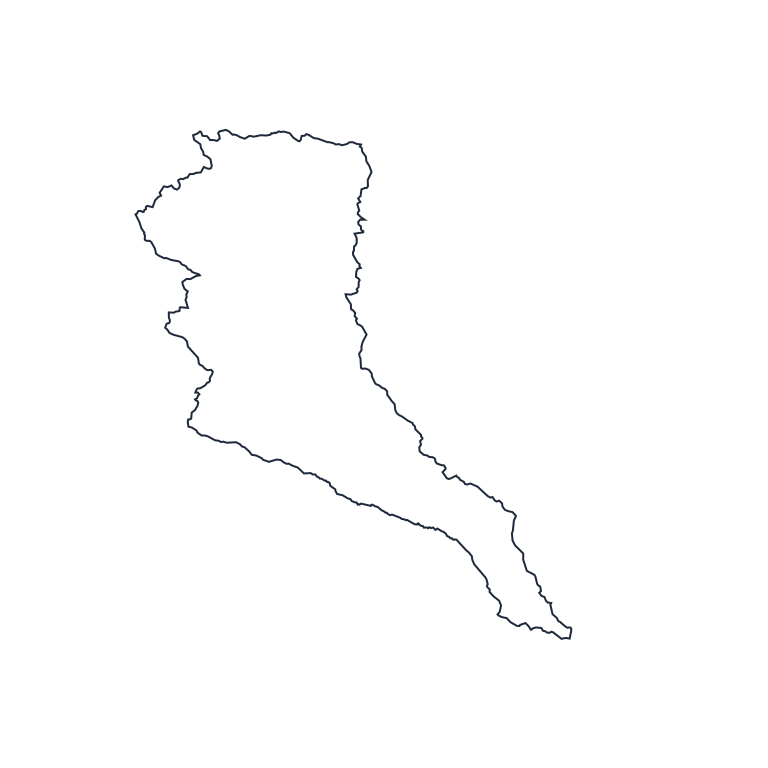 Andahuaylas, Apurímac, Peru (Equal Earth projection), rotated 312°
{"feature_id": "86281439B76349531023919", "entity_name": "Andahuaylas", "entity_type": "district", "adm_level": 2, "iso_a3": "PER", "parent_name": "Peru", "parent_adm1": "Apurímac", "projection": "equal_earth", "projection_center": [-73.404, -13.978], "detail": "fine", "context": "isolated", "style": "outline", "palette": "slate", "viewbox_px": 768, "rotation_deg": 312, "n_neighbors": 0, "source": "geoboundaries", "source_scale": "gbopen_adm2", "svg_char_len": 6116}
<svg xmlns="http://www.w3.org/2000/svg" viewBox="0 0 768 768"><g transform="rotate(312 384 384)"><path d="M459.4,92.9L458.4,95.3L456.4,97.8L452.9,97.2L451.1,93.8L448.9,91.7L449.8,86.9L447.0,83.0L448.8,79.6L448.6,78.3L445.1,77.7L441.1,75.7L438.4,79.6L439.3,87.0L436.9,90.1L435.6,94.1L433.6,96.8L434.7,100.3L434.9,104.7L430.7,110.2L428.5,111.0L426.9,110.1L425.6,107.8L424.8,104.9L418.7,106.3L414.6,102.6L413.1,102.3L410.0,99.2L405.8,99.8L405.0,98.9L401.8,97.6L400.6,95.7L398.0,94.7L397.2,95.1L395.8,98.6L394.1,100.0L392.5,100.5L389.9,100.0L388.8,97.2L389.3,93.2L385.6,91.5L383.6,88.2L376.0,89.3L374.8,92.3L371.9,91.1L367.4,91.0L360.6,93.7L358.0,88.9L356.2,88.6L354.6,90.1L352.8,89.5L351.4,90.2L350.4,89.8L349.9,87.4L348.0,85.7L345.1,86.4L343.8,85.8L340.8,93.6L337.3,99.7L336.1,104.7L335.1,105.1L334.6,106.8L331.1,109.7L331.6,112.0L333.4,113.7L333.8,115.9L331.3,123.3L328.3,127.4L328.7,130.8L330.4,136.5L331.8,137.7L334.0,143.2L337.6,149.0L338.1,150.8L337.6,153.6L339.0,157.7L338.2,161.7L339.3,163.9L338.9,165.9L339.5,168.3L341.7,173.1L341.5,174.4L338.6,172.1L332.4,169.9L330.0,167.0L324.9,165.9L322.9,168.4L321.2,172.2L321.5,176.2L318.2,177.2L316.6,179.1L313.7,180.2L309.4,187.4L304.8,181.3L304.0,181.2L301.6,183.1L301.0,182.9L298.2,180.6L296.5,180.2L293.2,176.2L289.6,179.5L287.9,182.4L286.6,183.3L285.4,183.5L283.4,182.1L279.4,183.7L279.4,186.6L278.4,190.4L279.7,194.6L283.8,202.6L284.2,205.6L283.8,209.1L280.6,213.2L279.0,228.3L275.3,232.8L275.2,234.7L276.0,237.1L275.6,239.8L275.9,242.7L276.4,243.9L278.8,245.9L278.7,248.4L276.4,249.7L272.0,250.5L269.7,252.6L268.1,252.7L266.7,251.7L263.4,252.0L260.4,251.1L258.1,250.4L255.8,248.4L254.3,248.5L251.4,249.5L253.0,251.4L252.8,253.7L250.8,253.6L248.5,254.6L246.1,253.9L245.9,255.1L246.5,257.1L245.8,258.5L243.2,259.9L238.2,261.0L234.1,260.2L229.2,263.9L227.9,263.5L226.7,262.2L224.6,263.4L221.4,267.3L223.1,270.3L224.0,275.6L223.1,278.0L223.6,282.7L226.0,285.6L227.2,288.0L229.1,296.0L231.2,299.2L231.9,301.9L233.6,303.1L235.1,306.4L241.7,313.0L242.9,317.4L242.5,320.0L243.7,322.9L243.7,328.9L242.9,333.1L245.3,336.8L247.0,342.6L246.8,344.9L249.2,350.6L255.8,354.6L258.4,358.0L258.6,361.7L259.5,365.0L261.0,366.4L262.2,371.1L264.2,375.7L264.0,384.4L268.7,389.1L269.1,391.7L270.8,393.4L270.3,396.5L270.9,397.9L270.7,399.4L271.9,401.1L272.6,404.9L273.4,405.4L273.2,407.6L274.0,408.3L274.0,410.0L272.4,412.1L273.1,418.4L272.0,419.5L270.9,422.8L273.6,427.6L274.7,433.4L276.0,436.2L275.4,438.2L276.6,441.7L277.6,442.8L276.8,445.1L277.8,445.5L277.9,446.6L279.8,447.0L284.6,455.8L285.5,455.4L286.7,456.2L287.0,458.8L288.4,461.6L288.6,467.2L289.3,468.8L289.4,471.4L290.3,472.3L290.0,473.7L290.5,476.2L292.3,477.3L295.5,485.7L295.6,487.7L296.9,489.2L297.4,491.4L298.4,492.0L300.3,500.7L302.1,503.0L302.8,502.4L303.4,502.8L303.3,506.3L304.4,507.9L303.9,509.7L306.0,511.7L306.2,513.2L307.9,513.5L308.3,515.2L310.2,516.5L310.0,519.9L312.3,520.4L313.2,525.5L314.0,527.2L314.1,530.5L313.2,532.4L314.0,534.9L313.7,536.5L314.7,537.4L314.6,539.8L315.9,540.6L316.8,542.1L315.4,556.3L315.6,559.5L314.8,564.5L312.4,567.3L310.4,571.7L308.1,588.9L307.4,590.8L304.7,595.0L302.8,595.6L302.2,596.9L302.0,600.2L300.1,601.6L299.5,607.8L300.0,614.5L297.7,619.2L292.3,622.4L288.7,622.6L288.7,624.4L289.6,627.5L292.1,631.8L291.6,637.3L293.2,644.6L294.7,646.6L296.2,646.4L301.0,649.1L300.8,653.3L299.7,657.7L302.6,658.4L304.8,659.9L307.6,663.6L307.9,664.7L307.0,667.2L308.1,669.2L308.4,671.6L310.1,673.7L311.8,674.1L312.6,675.7L313.4,686.4L317.0,689.1L319.0,692.3L325.9,688.3L327.7,686.5L327.6,685.1L325.5,683.3L325.1,680.4L325.0,674.2L324.5,672.1L325.8,668.9L325.7,663.3L331.3,655.3L333.1,654.8L331.1,651.7L331.4,649.1L333.1,645.7L331.9,642.9L332.7,639.1L335.2,639.2L337.9,635.7L337.6,632.7L338.1,631.3L342.2,625.4L342.8,623.4L340.7,615.2L346.6,605.0L351.2,600.9L351.8,589.4L353.6,584.4L358.6,579.0L361.3,577.9L369.4,571.9L374.2,570.4L374.4,569.7L374.8,565.2L372.5,561.2L371.4,557.9L372.3,553.9L374.3,551.6L374.3,547.6L371.9,546.2L371.6,544.0L372.6,540.3L370.9,539.2L370.1,536.3L370.3,522.3L367.9,514.9L364.8,512.9L363.9,511.1L364.7,508.9L363.7,504.6L364.3,502.8L363.9,499.9L364.3,499.0L358.1,496.6L356.6,495.5L356.0,493.6L357.7,486.5L362.0,486.6L362.8,486.1L363.6,482.9L362.2,481.1L360.3,476.5L360.9,473.9L362.4,472.2L362.6,471.1L362.1,469.0L360.1,466.6L359.8,463.9L358.0,461.1L357.8,455.6L360.5,452.6L363.5,452.2L365.8,449.0L369.0,449.2L369.7,448.5L369.8,446.7L371.0,445.5L371.3,437.8L373.3,435.0L373.3,432.6L374.1,431.4L372.7,426.2L371.9,419.1L371.0,416.1L370.9,412.8L372.0,410.1L376.1,405.4L376.5,401.1L378.2,393.6L380.7,391.2L380.9,387.6L379.9,385.3L379.7,381.3L378.6,378.5L378.6,376.9L381.6,369.8L383.5,368.0L384.4,363.4L383.1,359.9L380.7,357.6L380.6,356.1L387.4,349.3L387.8,347.9L389.8,345.3L394.2,344.6L396.8,342.1L401.3,339.9L409.0,338.0L411.8,329.8L411.9,328.2L410.8,324.1L412.6,320.4L414.5,320.1L414.8,316.8L417.6,314.9L418.0,311.7L417.6,309.4L421.1,306.0L423.3,297.9L425.0,295.4L428.3,299.6L433.7,302.6L435.3,302.3L436.1,300.3L439.1,300.2L442.8,297.0L444.9,296.4L445.3,295.0L444.9,291.5L448.6,288.5L451.8,287.2L454.7,289.1L455.1,286.9L456.7,285.8L456.6,282.8L459.3,274.6L461.4,272.6L462.8,272.5L466.3,269.7L468.1,270.1L470.9,269.1L474.4,265.7L476.0,261.5L482.8,267.1L483.7,266.4L483.3,264.5L483.6,263.3L485.7,261.4L485.5,258.4L487.0,256.4L490.3,256.4L493.1,259.6L492.5,255.4L492.7,250.7L494.5,249.7L496.3,249.6L499.7,243.9L501.1,243.7L503.4,244.6L504.6,240.6L508.0,240.8L513.6,237.0L516.9,238.7L518.1,240.0L520.2,239.8L524.7,235.4L533.2,232.9L536.2,227.2L537.7,221.9L540.9,218.3L542.1,212.4L544.6,209.3L544.3,207.2L546.6,206.7L544.3,203.3L542.7,198.9L540.5,196.6L537.6,195.9L533.5,193.2L532.1,190.0L529.7,187.9L529.3,185.8L527.1,181.5L525.9,180.2L522.2,171.0L519.7,167.1L518.8,161.6L517.8,159.1L515.4,158.9L513.2,156.8L509.6,158.8L507.9,158.8L507.2,157.8L506.4,151.8L507.3,146.2L504.6,140.7L502.1,138.6L501.5,137.0L498.0,135.6L497.8,134.8L495.8,133.7L495.0,132.5L493.3,132.8L489.7,130.1L486.5,126.0L480.8,121.9L478.4,118.0L473.1,116.4L471.1,111.6L470.4,108.2L469.1,105.6L467.9,104.7L468.0,99.6L466.9,96.3L461.5,92.7L459.4,92.9Z" fill="none" stroke="#1e293b" stroke-width="2"/></g></svg>